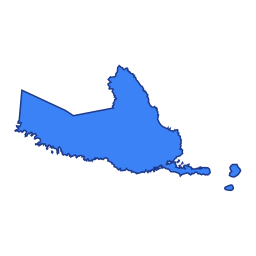 East Makira, Makira, Solomon Islands (Albers equal-area conic projection)
{"feature_id": "97153195B75275546340681", "entity_name": "East Makira", "entity_type": "district", "adm_level": 2, "iso_a3": "SLB", "parent_name": "Solomon Islands", "parent_adm1": "Makira", "projection": "albers", "projection_center": [162.088, -10.683], "detail": "fine", "context": "isolated", "style": "filled", "palette": "blue", "viewbox_px": 256, "rotation_deg": 0, "n_neighbors": 0, "source": "geoboundaries", "source_scale": "gbopen_adm2", "svg_char_len": 5921}
<svg xmlns="http://www.w3.org/2000/svg" viewBox="0 0 256 256"><path d="M21.9,90.2L19.2,120.5L18.2,121.4L18.5,122.0L17.9,123.0L19.1,123.2L20.4,122.4L21.3,122.9L19.7,126.5L16.6,125.8L16.8,126.8L18.7,128.2L17.7,129.5L16.2,129.8L15.4,130.5L15.7,130.6L15.6,131.1L17.5,130.6L18.6,131.7L19.7,131.7L20.0,130.9L21.2,130.9L22.1,132.2L23.6,131.2L23.8,130.3L24.9,130.4L26.2,131.2L26.4,132.0L26.2,133.0L25.1,134.6L25.7,135.1L25.4,136.4L27.0,135.9L27.4,134.5L28.8,133.1L29.7,133.7L31.2,132.3L32.2,132.9L31.9,134.4L31.1,135.5L31.6,135.9L33.6,134.2L35.3,133.6L36.6,135.5L35.0,136.7L34.4,138.6L34.9,139.0L37.7,137.8L39.8,138.6L40.5,140.4L39.8,142.6L38.5,142.3L37.3,143.8L35.6,144.0L35.7,144.6L36.7,144.2L37.7,144.8L38.3,144.5L39.0,145.7L39.6,144.7L40.5,145.0L40.8,144.3L41.4,144.3L41.8,143.6L43.0,143.7L43.4,144.8L43.9,144.1L45.1,143.9L45.5,145.3L46.1,145.6L46.0,146.1L47.0,146.2L47.2,147.6L46.5,148.3L47.0,149.2L47.6,148.9L47.7,146.8L49.0,145.0L50.3,145.8L50.3,147.0L51.2,147.0L51.4,147.8L51.9,148.1L52.4,146.4L52.9,146.3L54.2,148.4L55.5,148.4L56.3,149.0L57.3,151.0L57.0,152.0L57.4,153.6L58.0,152.8L58.6,152.9L58.3,147.8L59.5,147.0L61.0,149.1L60.6,149.7L61.3,150.4L61.0,151.1L62.1,151.6L61.9,152.8L62.7,153.2L62.5,154.2L63.3,155.0L63.9,154.5L65.3,154.5L66.6,155.5L67.7,155.1L67.6,154.0L68.6,153.6L69.8,154.9L69.7,156.0L70.5,155.9L70.7,156.9L75.2,155.0L75.8,155.9L76.8,156.2L76.2,157.2L76.6,157.7L78.5,155.9L79.1,156.2L80.0,155.5L81.7,155.6L82.4,156.0L82.1,156.8L84.2,156.5L84.3,157.3L83.5,158.8L83.9,159.5L84.6,160.2L85.4,159.7L86.4,160.7L87.2,159.2L88.0,158.9L88.7,160.2L88.4,160.7L90.1,161.0L91.6,160.3L92.1,160.9L92.2,159.9L94.6,159.5L94.5,158.5L95.0,157.9L95.6,158.0L95.9,158.9L97.3,157.9L98.9,159.3L100.5,158.5L101.1,159.2L101.9,158.5L103.1,159.5L104.8,157.9L106.5,158.0L107.9,158.9L107.9,160.9L111.7,162.4L111.9,163.8L112.7,163.9L114.2,165.0L114.1,166.6L116.3,167.4L118.5,169.8L119.3,169.8L119.9,168.5L120.4,168.4L120.9,170.7L125.0,170.3L126.6,168.5L126.9,169.4L129.2,170.6L131.1,170.5L131.5,172.1L132.3,171.4L133.2,172.2L134.4,172.0L136.3,173.4L136.8,173.1L136.9,173.6L140.3,172.7L141.9,171.8L142.4,172.3L143.1,171.9L144.5,172.4L146.0,170.0L147.9,172.5L148.9,170.7L149.6,170.8L150.1,171.8L150.7,171.5L151.1,170.1L151.6,170.4L152.5,169.6L153.7,170.4L154.0,171.5L154.5,171.2L154.2,169.6L154.7,168.1L153.9,167.9L153.7,169.0L153.9,167.7L155.2,167.2L156.2,167.8L157.5,167.1L158.7,167.4L159.9,165.5L161.5,165.2L162.0,165.7L161.8,167.2L162.7,167.2L162.1,167.9L162.5,168.1L163.1,167.4L164.9,167.7L165.6,168.5L168.9,169.3L170.9,171.7L174.8,171.8L178.3,173.1L179.8,174.3L180.3,176.1L182.3,174.3L187.2,172.9L188.3,173.1L189.2,174.2L190.0,174.3L190.5,174.9L191.7,174.3L191.8,173.4L193.9,173.6L194.9,172.4L196.2,172.2L197.1,172.5L198.2,173.9L199.2,173.5L201.5,174.7L203.3,174.0L205.7,175.0L206.6,174.3L207.7,174.9L208.7,174.4L210.2,172.5L209.4,169.1L208.2,168.0L206.7,167.6L206.2,168.0L205.5,167.8L205.5,168.6L205.2,167.6L202.5,167.6L201.6,168.6L201.0,168.2L201.1,167.3L200.5,167.0L199.7,167.4L199.8,167.8L199.5,167.5L199.0,167.9L199.0,168.6L198.4,168.1L197.7,168.2L197.4,168.8L196.4,168.5L193.6,169.4L192.7,168.5L191.8,169.2L191.1,167.1L189.4,166.9L188.4,165.9L187.2,166.1L185.0,165.2L184.2,165.5L183.6,166.3L185.3,168.9L185.1,169.8L185.2,169.1L183.7,167.6L181.9,168.3L181.4,167.2L180.0,168.0L179.4,167.6L179.0,168.1L175.7,167.0L176.5,166.2L175.1,163.5L175.4,162.1L174.6,162.0L174.0,162.6L172.4,162.2L169.5,164.0L168.3,163.5L168.1,164.1L166.4,164.6L167.5,161.2L168.8,161.7L169.7,160.7L170.6,161.8L173.0,161.4L174.8,158.8L176.0,158.2L176.4,157.0L179.9,155.8L182.6,153.4L182.2,151.9L182.6,150.2L181.7,149.7L181.5,149.0L180.5,149.4L180.0,149.1L181.0,145.7L180.8,144.9L180.2,144.4L181.2,143.0L180.9,140.8L181.3,140.0L180.5,139.0L180.2,136.2L178.4,135.1L178.8,133.1L177.6,132.9L177.8,130.1L177.0,129.7L175.7,130.4L174.8,129.8L174.5,130.7L173.5,131.0L173.4,131.5L172.7,130.9L170.7,130.7L169.7,129.8L170.0,128.7L168.7,129.7L168.0,129.0L168.0,128.0L167.7,128.4L165.9,128.3L164.5,127.3L163.1,127.0L161.0,125.1L159.5,123.2L157.5,119.0L158.5,115.0L157.8,114.8L157.7,111.8L156.9,110.5L157.1,109.0L156.2,108.9L156.4,107.8L155.3,107.7L154.7,106.5L153.2,107.4L152.2,107.2L149.8,105.0L149.2,103.0L148.1,101.9L148.6,101.3L148.7,100.1L148.0,97.3L147.0,96.6L147.8,95.2L147.5,94.5L147.0,94.3L146.0,92.1L145.1,92.0L144.8,90.7L143.6,91.0L143.1,89.9L143.6,89.0L142.5,87.1L141.8,86.2L140.9,86.0L137.5,81.0L136.5,80.3L135.4,77.2L134.0,77.1L133.8,76.5L134.4,75.3L133.3,75.0L133.0,73.9L130.4,73.3L130.2,72.5L129.3,72.1L129.4,71.7L128.8,71.7L128.1,70.4L127.6,70.5L127.7,68.8L127.3,68.2L126.3,68.1L124.5,69.5L123.4,69.5L122.6,67.8L121.2,67.4L119.2,65.6L117.7,67.6L117.3,72.0L116.0,73.5L115.6,76.1L114.6,76.8L111.0,77.3L110.4,76.9L108.2,79.5L111.0,82.3L108.4,83.5L108.0,84.2L108.2,85.1L109.8,86.6L109.1,88.5L109.5,89.1L110.7,88.7L113.1,89.1L112.2,91.7L113.7,93.5L114.0,95.3L115.0,95.7L114.4,97.0L116.3,98.3L116.2,99.3L114.8,99.5L114.3,101.8L113.4,103.0L113.2,103.5L113.9,104.3L112.6,106.0L113.1,106.2L112.5,107.8L112.9,108.1L73.3,115.7L65.5,110.5L21.9,90.2ZM240.6,170.8L239.9,169.0L237.9,166.9L236.9,164.5L232.6,164.5L230.9,165.9L230.0,167.5L230.3,169.2L231.7,171.6L229.9,172.9L229.4,175.3L231.2,176.5L232.8,176.9L234.8,176.8L238.2,174.5L240.6,170.8ZM233.3,187.5L232.4,185.5L231.7,185.0L230.3,185.1L225.6,187.0L224.9,187.8L224.8,188.8L226.2,189.8L230.8,190.4L232.6,189.6L233.2,188.8L233.3,187.5ZM159.4,168.5L158.3,167.8L158.2,168.1L156.7,167.9L156.0,168.7L155.5,168.5L155.8,169.8L156.6,170.1L159.4,168.5ZM179.3,160.4L178.6,160.2L178.7,161.3L177.3,161.9L177.3,162.4L178.9,161.6L179.3,160.4ZM52.8,152.1L52.3,151.4L51.9,151.2L51.7,152.4L52.2,153.0L52.8,152.1ZM161.6,166.6L161.4,166.0L160.9,166.2L161.1,167.4L161.6,166.6ZM180.3,165.8L179.7,165.4L179.1,165.8L179.9,166.3L180.3,165.8ZM182.7,163.5L182.4,162.7L181.9,163.6L182.1,163.3L182.4,163.3L182.1,163.7L182.7,163.5ZM188.8,164.9L188.9,164.3L188.1,164.6L188.8,164.9Z" fill="#3b82f6" stroke="#1e3a8a" stroke-width="1.5"/></svg>